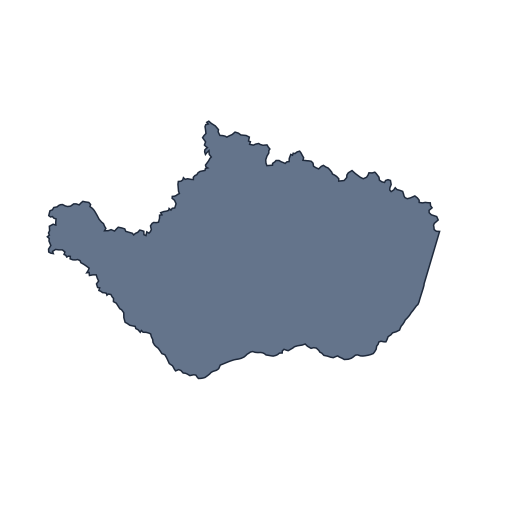 Mozarlândia, Goiás, Brazil, rotated 330°
{"feature_id": "56859067B29377413065156", "entity_name": "Mozarlândia", "entity_type": "district", "adm_level": 2, "iso_a3": "BRA", "parent_name": "Brazil", "parent_adm1": "Goiás", "projection": "orthographic", "projection_center": [-50.615, -14.833], "detail": "fine", "context": "isolated", "style": "filled", "palette": "slate", "viewbox_px": 512, "rotation_deg": 330, "n_neighbors": 0, "source": "geoboundaries", "source_scale": "gbopen_adm2", "svg_char_len": 5728}
<svg xmlns="http://www.w3.org/2000/svg" viewBox="0 0 512 512"><g transform="rotate(330 256 256)"><path d="M427.3,326.5L424.6,324.8L423.5,322.2L424.5,320.0L425.1,318.2L426.7,316.9L429.4,316.4L431.8,315.9L432.2,312.2L428.4,307.9L427.6,305.1L428.7,303.0L432.6,302.3L432.3,299.8L433.5,297.1L431.1,295.5L429.4,294.2L426.8,293.3L424.1,291.2L425.2,289.2L424.8,286.4L423.6,283.4L418.9,282.9L415.6,282.0L414.2,279.9L414.2,278.1L414.8,275.9L415.3,273.4L413.7,271.4L411.2,268.8L410.7,266.5L408.2,267.7L405.2,267.8L404.8,265.7L406.0,263.9L408.8,261.7L409.5,259.8L410.2,257.8L408.5,255.9L406.0,255.4L404.1,256.6L402.1,254.7L400.8,252.0L401.9,249.2L401.6,246.9L401.3,244.6L400.8,242.8L398.2,242.2L395.4,240.4L393.4,242.0L391.1,243.1L387.5,242.7L385.7,240.0L384.5,237.2L383.2,234.1L381.9,230.0L377.5,230.1L375.2,231.3L373.8,233.4L370.1,234.7L368.0,233.8L365.1,232.5L366.3,230.5L365.6,227.4L364.5,225.2L363.2,223.2L363.5,221.2L363.0,218.1L362.4,215.7L361.0,213.9L359.7,211.2L357.4,211.0L353.8,211.9L352.1,209.6L350.7,207.1L351.8,204.1L351.2,201.6L349.3,200.0L347.8,199.0L346.2,197.8L344.5,196.6L346.4,194.7L346.4,191.9L346.5,189.2L346.2,187.0L343.5,186.4L341.0,186.8L339.6,185.6L338.0,187.0L336.9,185.4L333.6,188.1L331.9,190.8L329.8,189.9L327.5,190.4L326.4,188.8L324.9,187.0L323.7,184.8L321.1,183.3L319.4,183.9L316.7,184.1L315.7,185.6L313.4,184.5L310.6,183.2L311.1,180.5L312.5,177.6L315.4,175.0L318.6,173.2L319.8,171.1L321.5,170.3L321.1,167.7L321.1,165.3L317.4,163.6L315.4,161.5L314.6,159.9L311.6,158.9L309.2,158.7L306.3,156.1L308.3,154.2L307.0,152.7L309.7,149.7L307.7,146.7L303.4,143.6L302.2,140.8L299.8,138.2L296.1,138.9L292.5,138.5L290.2,138.5L289.1,136.7L287.4,135.1L285.0,133.5L285.3,129.5L286.7,127.8L285.8,123.0L283.6,118.8L282.5,115.6L280.2,115.6L280.6,117.8L278.2,117.1L276.5,118.5L275.7,120.7L273.9,124.9L271.2,125.7L268.9,126.8L269.4,132.0L266.8,134.1L267.3,136.1L268.1,137.8L264.9,138.4L263.6,140.1L263.0,142.8L265.2,141.9L267.9,141.2L266.3,144.7L266.8,147.9L265.0,148.4L262.5,149.9L260.5,150.8L257.7,152.0L257.2,153.8L258.2,155.6L255.9,155.0L254.6,156.4L252.0,155.5L249.8,154.8L247.5,154.9L245.4,156.0L243.4,155.8L241.1,156.5L240.0,158.5L238.1,157.2L235.4,154.9L233.0,154.2L232.3,151.9L230.6,153.5L228.3,153.7L226.0,152.6L224.3,154.8L222.4,158.8L221.3,161.1L220.9,163.6L218.9,163.5L217.0,163.7L215.1,163.4L213.3,162.5L212.2,164.1L213.3,167.0L212.9,170.8L209.6,173.8L207.4,172.8L205.3,173.7L204.5,171.4L203.2,172.8L201.0,172.4L198.4,171.4L195.1,170.8L195.1,173.3L192.9,172.4L191.3,175.1L188.5,178.0L186.2,177.2L184.2,175.8L182.4,175.8L179.7,177.1L178.5,180.9L176.7,182.1L174.7,182.7L173.5,180.5L170.9,183.3L169.6,181.5L171.2,178.5L169.7,176.8L168.3,175.4L165.4,176.4L163.0,176.1L160.6,176.6L160.3,174.5L155.5,169.5L155.9,166.9L153.8,164.6L151.1,162.2L148.7,162.8L146.0,163.7L143.7,160.7L140.7,160.2L137.4,158.4L139.8,157.0L139.7,154.9L140.1,151.7L139.2,149.4L138.5,145.7L138.7,141.3L138.7,137.6L138.6,135.4L138.1,132.9L136.9,130.2L138.5,128.7L138.0,126.0L135.1,123.7L133.4,122.1L131.1,122.5L128.4,123.3L126.3,120.9L124.2,119.7L120.3,120.1L117.5,118.9L115.8,117.2L114.2,114.7L112.3,113.8L110.4,113.6L108.3,114.0L105.1,112.9L102.8,114.2L100.2,113.8L98.6,115.4L96.7,117.4L97.6,119.5L99.4,120.0L99.9,122.3L101.4,123.9L99.4,126.7L98.1,129.1L96.2,127.0L94.3,127.0L91.9,126.9L89.9,130.9L87.8,132.3L87.5,134.6L84.9,135.0L85.7,137.5L84.2,139.5L83.6,144.3L79.8,146.3L78.5,148.9L79.6,150.8L81.7,152.6L82.1,150.3L85.7,150.1L88.3,152.1L91.4,153.9L92.5,157.0L90.5,158.7L91.6,160.2L91.6,162.3L93.4,162.3L95.0,163.5L93.6,165.5L95.5,167.8L97.8,169.2L99.8,169.9L101.3,172.0L101.0,174.2L102.7,177.1L104.0,179.8L105.4,183.1L103.5,184.6L101.0,185.9L103.2,186.8L102.0,189.6L105.4,190.8L108.2,192.4L107.5,195.6L107.2,199.0L103.9,200.4L103.1,204.1L104.7,205.4L102.7,207.3L103.9,208.9L104.8,211.0L106.4,212.1L107.8,213.5L107.3,215.4L109.1,215.1L111.1,216.8L111.0,219.4L111.4,221.5L109.7,224.2L111.4,227.0L111.7,233.6L112.7,235.3L113.1,239.0L110.7,243.4L109.5,248.0L110.6,249.7L112.1,252.9L116.2,256.6L115.6,258.7L117.0,260.9L117.6,264.2L119.5,263.2L120.1,265.6L122.6,267.1L124.6,269.1L125.8,270.8L125.0,273.6L124.8,276.6L123.6,279.3L123.6,282.4L124.1,284.3L125.2,287.0L125.5,290.0L125.7,293.5L127.7,295.9L127.7,299.6L127.4,303.1L127.1,305.8L128.8,309.2L128.8,311.4L128.7,313.3L128.9,315.3L132.2,315.7L133.7,317.6L134.4,320.9L136.3,322.3L137.5,323.9L138.9,326.5L142.7,327.7L144.4,329.1L144.5,331.4L144.9,333.3L147.0,334.4L149.1,335.2L151.1,335.7L154.3,335.4L156.9,335.0L158.8,334.4L160.9,334.4L164.6,335.2L167.3,335.0L170.5,332.6L173.2,333.0L179.3,333.8L181.7,334.2L185.0,334.9L187.1,335.6L189.4,336.5L192.0,337.2L195.2,337.5L197.4,337.1L199.2,336.6L201.0,336.6L203.2,336.4L205.4,337.1L207.1,339.0L209.2,340.5L211.8,341.9L213.3,343.1L214.5,344.8L215.2,346.7L216.7,347.9L219.3,350.1L220.9,351.3L223.4,352.0L225.4,352.2L227.7,351.8L230.2,353.1L231.3,351.4L233.6,350.8L235.0,352.5L236.5,354.1L239.0,354.1L241.9,354.1L244.0,353.8L247.0,354.5L251.4,356.2L254.6,356.8L255.4,359.8L257.5,363.5L260.1,364.2L262.2,365.9L263.2,369.2L263.2,371.1L264.4,373.0L265.1,376.0L267.9,378.5L269.9,380.8L272.1,382.7L275.0,383.0L276.8,383.4L277.6,385.1L279.5,387.7L280.7,389.8L284.4,391.6L287.5,392.2L289.4,392.1L292.5,391.6L294.5,392.4L296.6,394.8L298.6,396.1L300.7,397.0L303.5,398.0L306.1,398.7L308.8,399.1L311.0,398.2L313.5,396.8L315.4,394.4L317.8,393.4L319.3,391.9L321.6,392.3L323.9,394.3L325.6,395.3L327.8,393.8L330.1,391.9L333.5,391.7L335.8,390.8L339.5,391.7L341.4,391.8L343.3,391.9L345.0,390.5L346.7,389.3L348.8,388.6L351.2,387.4L353.3,386.0L356.0,385.3L359.1,384.2L362.2,382.6L364.7,381.7L370.1,379.3L371.9,379.0L374.2,377.3L376.3,375.2L379.9,371.9L384.7,367.5L386.7,365.5L387.8,364.0L389.2,362.7L427.3,326.5Z" fill="#64748b" stroke="#1e293b" stroke-width="1.5"/></g></svg>